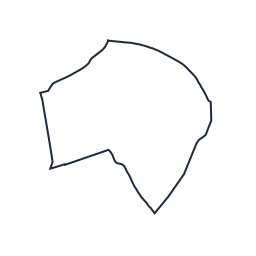 Al Jubah, Ma'rib, Yemen, rotated 341°
{"feature_id": "15242507B63276008506059", "entity_name": "Al Jubah", "entity_type": "district", "adm_level": 2, "iso_a3": "YEM", "parent_name": "Yemen", "parent_adm1": "Ma'rib", "projection": "mercator", "projection_center": [45.32, 15.139], "detail": "fine", "context": "isolated", "style": "outline", "palette": "slate", "viewbox_px": 256, "rotation_deg": 341, "n_neighbors": 0, "source": "geoboundaries", "source_scale": "gbopen_adm2", "svg_char_len": 3106}
<svg xmlns="http://www.w3.org/2000/svg" viewBox="0 0 256 256"><g transform="rotate(341 128 128)"><path d="M41.3,141.1L47.5,141.4L56.5,141.7L56.4,142.3L102.3,142.3L102.9,143.2L103.4,144.1L103.7,145.1L103.9,146.1L104.2,147.1L104.4,148.1L104.5,149.2L104.5,149.5L104.5,150.2L104.6,151.2L104.6,152.3L104.7,153.4L104.8,154.4L104.9,155.4L105.3,156.3L105.9,157.2L106.6,157.8L107.5,158.4L108.4,159.0L109.3,159.5L109.6,159.8L110.1,160.2L110.9,161.0L111.5,161.8L111.9,162.9L112.2,163.9L112.4,165.0L112.6,166.0L112.7,167.2L112.7,168.2L112.8,169.2L113.1,170.2L113.4,171.2L113.6,172.4L113.8,173.4L113.9,174.4L114.1,175.5L114.1,176.5L114.2,177.6L114.3,178.7L114.4,179.9L114.5,180.9L114.7,181.9L114.8,183.0L115.0,184.2L115.1,185.3L115.4,186.5L115.7,187.5L115.9,188.6L116.2,189.8L116.4,190.9L116.6,191.9L116.7,192.2L116.8,192.9L117.1,193.8L117.4,194.7L117.7,195.9L117.9,196.9L118.2,197.8L118.6,198.9L119.0,199.8L119.3,200.8L119.8,201.7L120.2,202.6L120.2,202.8L120.6,203.5L121.0,204.2L122.1,208.5L122.4,209.2L123.0,210.2L123.4,210.9L125.4,217.3L141.4,207.5L143.7,206.1L166.1,189.7L170.6,184.5L187.7,164.9L191.0,162.4L199.1,159.9L199.5,159.5L202.5,155.9L205.8,152.0L209.2,148.0L212.2,138.4L214.7,130.3L214.4,129.9L213.6,129.1L213.1,128.2L212.8,127.2L212.7,126.2L212.6,125.1L212.5,123.9L212.4,122.7L212.2,121.6L212.0,120.5L211.9,119.5L211.7,118.5L211.6,117.5L211.4,116.5L211.2,115.5L210.9,114.4L210.6,113.1L210.5,112.1L210.3,111.1L210.1,110.1L209.8,108.9L209.6,108.0L209.4,106.9L209.2,105.9L209.2,104.8L208.9,103.8L208.6,102.7L208.2,101.5L207.8,100.4L207.3,99.4L207.0,98.4L206.5,97.5L206.0,96.5L205.6,95.5L205.1,94.4L204.6,93.4L204.1,92.2L203.6,91.2L203.0,90.0L202.4,88.8L201.9,87.7L201.3,86.8L200.6,85.7L200.0,84.9L199.2,83.8L198.3,82.7L197.4,81.6L196.7,80.8L196.0,80.1L195.3,79.3L194.6,78.6L194.0,77.9L193.2,77.0L192.4,76.1L191.5,75.1L191.0,74.5L190.6,74.0L189.6,73.1L189.0,72.3L188.2,71.5L187.5,70.8L186.8,70.1L186.1,69.2L185.4,68.5L184.7,67.8L183.9,66.9L182.9,65.9L182.1,65.0L181.2,64.2L180.3,63.4L179.3,62.6L178.5,61.8L177.9,61.3L177.6,61.0L176.8,60.4L175.9,59.8L174.8,59.0L173.8,58.2L172.9,57.6L172.1,56.9L171.2,56.3L170.1,55.4L169.2,54.8L168.4,54.3L167.5,53.7L166.4,53.0L165.6,52.4L164.7,51.9L163.5,51.3L162.3,50.6L161.4,50.1L160.5,49.5L159.5,49.0L158.6,48.5L157.6,48.0L156.5,47.5L155.5,47.1L154.3,46.6L153.3,46.2L152.1,45.6L151.2,45.2L150.1,44.7L149.3,44.2L148.0,43.7L147.1,43.3L146.2,42.9L145.0,42.3L143.9,41.8L143.0,41.4L142.0,41.0L141.0,40.5L140.2,40.1L139.3,39.7L138.2,39.2L137.6,38.7L137.2,39.6L136.4,40.4L135.7,41.2L134.9,41.8L134.2,42.5L133.4,43.2L132.7,43.9L131.8,44.4L130.8,45.0L129.9,45.5L128.9,45.9L128.0,46.2L127.0,46.6L126.0,47.0L124.9,47.3L123.9,47.7L122.8,48.1L121.8,48.4L120.8,48.8L119.8,49.1L118.9,49.4L117.9,49.7L116.8,50.1L116.0,50.6L115.9,50.6L115.3,51.0L114.9,51.3L114.0,52.0L113.2,52.7L112.6,53.4L112.1,53.8L111.1,54.3L108.2,55.6L104.6,56.7L99.7,57.7L90.9,59.3L85.6,60.0L81.7,60.3L75.6,60.9L72.6,61.3L71.2,61.7L69.8,62.7L64.4,66.9L57.6,66.3L56.5,66.2L56.2,73.3L54.3,84.6L51.6,101.2L51.4,102.3L49.1,116.1L47.2,127.1L45.7,135.4L41.3,141.1Z" fill="none" stroke="#1e293b" stroke-width="2"/></g></svg>